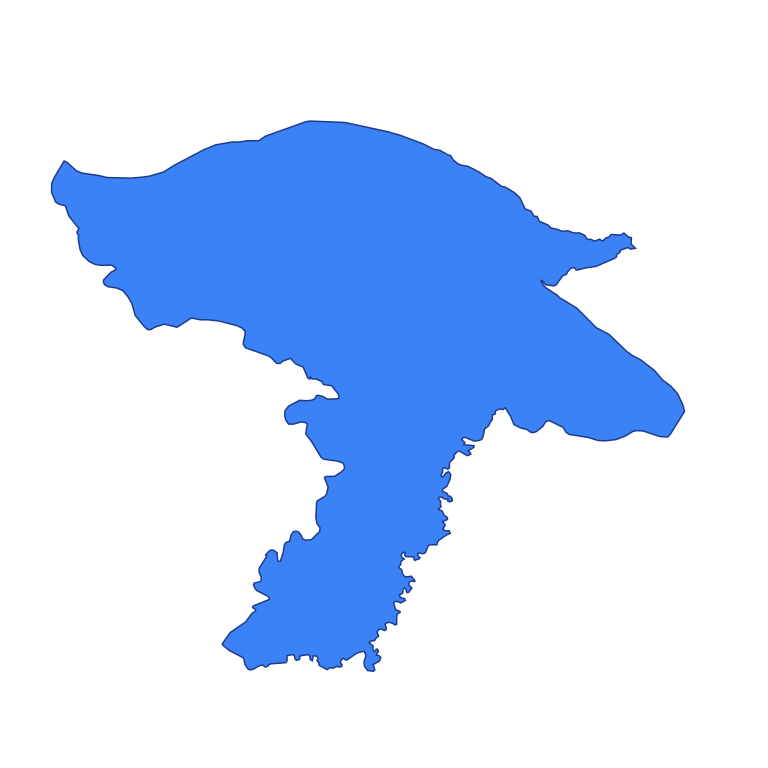 the district of Melgar, Tolima, Colombia, rotated 259°
{"feature_id": "7082276B7628947847785", "entity_name": "Melgar", "entity_type": "district", "adm_level": 2, "iso_a3": "COL", "parent_name": "Colombia", "parent_adm1": "Tolima", "projection": "natural_earth1", "projection_center": [-74.673, 4.184], "detail": "fine", "context": "isolated", "style": "filled", "palette": "blue", "viewbox_px": 768, "rotation_deg": 259, "n_neighbors": 0, "source": "geoboundaries", "source_scale": "gbopen_adm2", "svg_char_len": 6154}
<svg xmlns="http://www.w3.org/2000/svg" viewBox="0 0 768 768"><g transform="rotate(259 384 384)"><path d="M169.4,185.7L160.0,175.8L158.7,175.7L151.8,181.4L142.4,193.3L140.9,194.0L135.3,194.0L130.4,196.0L129.0,197.6L128.9,200.9L131.4,208.5L131.3,211.3L129.0,213.2L129.0,215.9L130.6,217.5L130.9,219.8L129.2,234.2L130.5,235.9L135.9,237.1L135.8,242.8L134.5,244.2L130.6,244.3L129.4,245.5L129.8,248.5L132.6,249.4L133.2,250.9L132.8,257.7L131.7,259.1L127.4,259.1L126.0,260.9L130.5,262.4L130.1,265.3L128.3,266.9L126.6,266.7L125.4,265.4L122.8,266.7L120.1,266.7L114.5,273.6L115.9,276.9L114.7,279.6L115.8,283.9L114.6,286.3L114.7,288.5L116.5,289.3L118.8,287.8L121.9,290.0L122.3,291.7L120.3,293.9L120.2,295.1L125.0,306.0L125.6,312.3L124.7,313.8L120.7,314.4L115.2,311.4L110.8,311.0L105.9,313.2L104.0,318.9L105.1,320.4L110.7,319.9L112.9,326.7L116.1,328.7L118.3,327.2L119.2,324.9L120.3,325.1L122.4,327.5L124.9,327.1L125.1,325.8L123.5,324.5L123.8,323.1L126.0,322.3L128.6,323.4L133.2,320.1L134.3,322.6L133.9,325.8L136.1,327.7L137.4,330.6L141.9,329.8L144.0,331.9L144.0,334.4L141.9,337.5L142.4,339.1L144.0,339.8L148.0,339.1L148.9,340.5L149.1,343.6L147.3,347.1L145.6,348.4L145.6,350.5L154.3,352.4L156.1,354.0L156.6,356.1L157.7,356.3L160.3,352.3L167.3,351.7L168.1,352.5L168.3,355.0L165.9,358.8L167.5,363.7L169.3,363.4L171.3,359.3L174.1,358.9L175.1,362.4L178.7,363.5L179.7,364.5L179.4,366.1L174.8,366.7L174.9,368.6L178.4,372.4L181.8,370.1L184.6,370.8L185.5,373.3L184.2,375.9L184.6,376.8L190.1,374.3L190.3,369.1L191.5,367.3L193.9,366.0L198.1,366.0L200.8,363.6L202.0,363.8L203.3,365.7L206.8,367.0L208.4,370.5L210.7,368.2L213.6,368.7L214.8,370.3L214.9,372.2L211.8,371.8L210.4,372.6L208.6,380.3L205.7,380.0L205.0,380.6L205.7,385.2L206.5,386.2L208.1,384.7L211.2,384.8L211.5,387.0L210.2,388.9L209.9,391.1L211.0,392.8L216.7,396.5L217.3,399.2L216.1,405.2L218.9,406.6L220.3,408.3L223.9,416.7L224.7,420.5L227.4,420.1L228.2,416.2L230.2,414.0L233.8,417.2L237.8,415.3L238.9,420.4L240.5,420.8L244.0,417.9L248.2,416.9L250.5,413.6L253.0,416.7L255.5,416.3L257.6,417.3L261.5,415.5L262.3,416.6L261.9,419.1L259.7,421.2L258.8,424.8L257.0,424.2L255.8,425.9L256.2,428.8L258.3,429.0L261.1,427.7L261.9,425.6L264.3,425.3L267.2,421.5L268.7,421.0L269.7,421.8L271.5,426.2L277.8,430.6L282.4,432.3L285.7,430.7L284.6,427.4L282.2,425.2L281.8,423.2L283.7,422.7L285.5,424.2L290.0,425.7L290.1,427.4L288.3,430.4L289.0,432.2L294.3,433.2L297.6,438.2L298.6,439.0L300.4,438.8L303.6,443.0L304.0,445.0L297.7,452.1L298.5,455.8L300.2,455.6L302.4,453.7L304.6,460.1L306.3,460.6L309.1,450.8L311.2,452.2L314.5,449.7L316.0,451.1L316.2,453.3L310.8,461.6L310.4,466.6L310.9,469.1L313.1,471.0L320.7,474.2L323.1,478.9L326.4,481.1L328.3,483.5L333.1,484.4L333.1,487.1L336.1,488.2L336.9,490.2L337.4,492.9L336.2,496.0L337.6,498.5L328.3,502.0L319.4,503.8L314.6,510.0L312.3,515.4L308.7,518.7L307.8,521.1L308.2,524.4L312.0,531.7L316.0,535.3L316.8,538.9L307.2,551.6L302.4,553.2L299.3,555.9L292.4,574.7L287.6,583.6L285.9,591.0L285.2,601.5L286.9,610.9L290.0,619.5L290.0,623.4L288.4,629.5L279.8,644.7L277.8,652.4L280.6,656.0L299.7,673.8L306.4,673.4L318.6,670.3L326.6,665.5L335.0,658.1L345.9,651.9L358.7,640.6L365.0,632.8L369.9,628.3L389.7,614.4L398.8,603.1L421.7,587.7L435.4,572.7L437.9,571.2L447.3,561.5L450.3,559.4L455.0,557.9L455.7,558.1L455.4,559.2L450.6,561.5L447.9,569.4L448.6,572.1L456.1,580.0L456.9,584.1L458.8,585.3L462.2,589.8L461.7,593.2L459.4,594.2L458.9,595.3L459.5,603.3L459.0,614.6L463.3,634.1L464.3,636.4L466.6,636.9L468.0,640.5L470.3,641.7L471.4,649.6L469.3,651.9L469.3,656.7L474.3,653.2L480.4,654.8L481.5,652.2L486.4,648.3L485.1,644.6L487.4,635.6L485.4,632.6L484.9,629.3L483.0,626.8L483.2,625.0L485.0,623.4L484.1,617.7L486.4,615.0L487.3,611.1L491.7,609.3L494.9,605.0L496.0,599.3L499.3,593.7L499.9,588.1L503.2,582.9L505.1,577.9L508.7,575.4L514.1,567.5L519.2,566.3L520.1,563.2L525.5,561.4L529.0,556.0L540.9,552.9L547.1,548.4L554.1,540.7L555.7,536.9L565.4,528.3L568.1,523.6L574.0,517.7L581.7,507.9L584.1,501.4L586.4,498.2L591.0,494.6L595.7,492.9L596.8,490.3L602.7,483.5L604.9,477.7L612.4,468.0L625.1,447.3L630.9,435.8L648.2,395.5L656.1,362.1L656.4,357.5L649.9,314.8L646.7,307.6L648.8,296.9L649.3,286.8L650.5,281.5L650.9,264.6L648.3,251.7L638.7,219.7L634.2,208.2L632.8,193.6L633.2,185.9L634.4,174.7L639.5,151.6L642.7,144.7L648.7,127.6L652.2,122.5L661.7,115.5L664.0,112.6L649.6,99.7L644.4,96.2L635.8,94.2L625.3,96.4L622.2,99.7L620.3,104.4L619.2,105.3L609.1,106.7L594.7,114.1L591.7,111.7L590.3,111.5L588.4,112.5L584.2,111.5L573.9,111.3L567.6,112.8L560.5,118.0L556.8,122.8L554.5,128.6L552.6,139.5L548.9,142.9L547.2,142.0L545.9,137.5L539.9,128.9L538.4,128.1L535.1,128.4L532.1,131.7L529.4,139.6L525.6,145.4L518.2,149.4L511.1,151.9L498.7,152.9L486.2,159.6L482.5,162.4L481.9,165.6L483.5,169.7L484.7,179.7L479.2,191.7L485.3,206.8L485.1,208.6L482.0,216.1L480.7,223.2L477.5,233.6L469.4,250.7L466.3,255.0L462.6,257.6L459.2,257.2L452.0,253.9L449.7,253.5L445.9,255.0L433.9,275.5L431.9,277.8L424.7,282.6L424.0,286.0L425.8,288.9L427.0,297.1L420.4,301.3L416.0,307.9L404.6,310.3L403.1,312.0L404.9,313.1L402.8,314.2L401.7,318.7L398.2,323.5L395.0,324.6L392.3,332.3L383.1,337.1L380.1,337.5L378.3,336.4L379.8,325.8L383.7,321.2L385.6,316.7L385.5,315.3L382.8,313.6L381.9,310.0L382.4,304.4L384.1,298.1L380.5,286.1L376.7,281.8L373.2,280.6L367.7,280.6L362.8,282.7L361.9,287.5L362.6,295.8L360.8,300.1L359.3,301.0L350.0,297.7L341.6,301.8L323.9,308.3L321.8,310.3L317.2,323.5L314.5,328.4L311.4,329.4L309.2,329.1L307.9,328.5L305.7,325.1L302.8,317.8L304.2,310.0L304.2,308.7L303.1,307.7L293.2,309.5L286.8,306.5L285.2,304.9L282.1,296.5L281.1,295.4L265.7,291.6L259.6,291.6L255.0,293.8L251.5,292.6L245.1,283.0L245.6,277.0L247.9,274.4L251.4,273.8L255.0,271.9L256.3,269.8L256.3,266.8L253.7,264.2L247.7,261.3L247.2,257.6L245.5,255.7L237.4,252.7L229.8,248.4L230.1,246.6L231.3,246.0L238.9,246.8L241.8,244.0L242.6,242.1L242.3,240.0L239.3,235.7L238.5,235.1L237.5,236.1L236.8,235.6L227.2,226.5L223.1,225.5L217.7,226.7L214.4,225.9L213.6,225.0L213.4,218.8L212.1,217.6L207.8,218.4L205.4,219.8L198.1,229.1L196.0,230.5L194.4,230.5L191.1,213.2L189.5,212.4L187.3,214.8L185.8,214.8L183.9,210.4L176.9,202.9L169.4,185.7Z" fill="#3b82f6" stroke="#1e3a8a" stroke-width="1.5"/></g></svg>